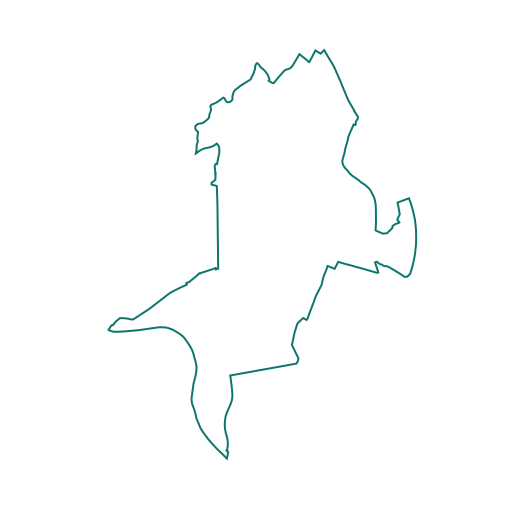 Oegstgeest, Zuid-Holland, Netherlands (orthographic projection), rotated 341°
{"feature_id": "6326949B10569140780030", "entity_name": "Oegstgeest", "entity_type": "district", "adm_level": 2, "iso_a3": "NLD", "parent_name": "Netherlands", "parent_adm1": "Zuid-Holland", "projection": "orthographic", "projection_center": [4.472, 52.183], "detail": "fine", "context": "isolated", "style": "outline", "palette": "teal", "viewbox_px": 512, "rotation_deg": 341, "n_neighbors": 0, "source": "geoboundaries", "source_scale": "gbopen_adm2", "svg_char_len": 5979}
<svg xmlns="http://www.w3.org/2000/svg" viewBox="0 0 512 512"><g transform="rotate(341 256 256)"><path d="M162.5,438.0L165.8,432.6L165.2,431.3L164.8,430.3L165.6,430.0L165.5,429.8L166.9,427.4L167.7,425.7L168.4,423.9L168.9,422.0L169.6,418.0L169.8,413.6L170.1,411.5L170.4,409.5L171.4,405.7L172.1,403.9L173.7,400.3L174.6,398.6L175.6,397.0L176.8,395.5L179.3,392.5L183.4,388.2L184.8,386.5L186.0,384.8L187.0,383.1L187.8,381.3L188.5,379.5L189.0,377.7L189.5,375.9L190.8,370.2L192.8,360.6L259.1,370.9L260.6,369.8L260.8,369.7L262.8,366.5L261.0,351.8L267.7,340.7L273.2,333.3L280.4,330.0L283.0,332.9L284.3,332.0L287.3,328.3L291.0,323.8L294.5,319.7L298.9,314.1L299.4,313.5L301.8,311.2L302.9,310.2L304.9,308.3L306.4,306.8L307.8,305.4L308.5,304.7L309.1,304.0L309.5,303.3L310.6,301.4L312.7,298.2L313.6,296.9L314.2,296.2L316.9,293.2L318.4,291.5L320.4,288.7L320.5,288.7L320.6,288.8L326.2,293.7L331.8,288.3L339.8,294.0L339.9,293.9L355.0,304.3L359.1,307.2L364.9,311.3L366.3,311.4L366.5,300.8L368.5,300.8L370.1,303.4L370.4,303.9L370.8,304.2L372.3,305.1L372.5,305.4L372.7,305.8L373.1,306.4L373.2,306.6L373.7,307.0L374.2,307.4L376.1,308.1L377.1,308.9L377.8,309.5L378.3,310.0L381.4,313.6L386.2,319.4L388.9,323.0L389.9,324.3L390.7,324.4L392.0,324.6L392.3,324.8L395.9,323.1L398.8,319.1L399.7,317.9L400.6,316.5L401.9,314.6L404.1,311.0L405.7,308.2L407.5,304.8L410.7,298.0L411.9,295.0L413.4,290.9L414.2,288.4L414.9,286.2L415.6,284.0L416.3,281.3L417.3,277.1L418.1,273.4L418.5,270.1L419.0,265.6L419.4,260.2L419.5,255.2L419.4,252.6L419.4,251.2L407.3,251.6L405.5,263.4L404.9,263.9L401.4,267.7L402.5,270.9L401.7,271.2L398.1,271.2L396.6,271.7L395.0,272.0L394.0,273.8L393.7,274.1L389.7,276.0L388.3,276.6L387.4,277.1L385.7,276.8L384.2,276.4L383.5,276.2L383.3,276.2L383.1,276.0L382.0,275.0L378.2,271.6L377.4,270.7L380.3,263.5L383.9,252.8L384.3,251.4L385.0,249.5L385.4,248.0L386.0,245.8L386.2,244.7L386.6,241.3L386.7,239.4L386.1,234.5L385.9,233.0L385.6,231.1L385.1,229.6L384.7,228.7L384.2,227.7L382.9,225.4L382.4,224.5L381.6,223.4L381.1,222.8L379.2,220.4L379.0,220.0L378.8,219.6L378.0,218.2L377.6,217.6L374.9,213.8L373.5,212.0L372.5,210.5L372.1,209.6L371.4,208.2L370.8,206.3L370.4,205.2L369.4,203.0L369.0,202.0L368.7,201.3L368.3,199.9L368.1,198.8L368.1,198.4L368.0,196.7L368.1,196.3L368.2,195.9L368.2,195.6L368.3,195.2L368.4,194.6L368.8,193.8L369.0,193.4L369.9,192.1L370.3,191.6L371.7,189.5L372.7,188.2L373.3,187.2L374.8,184.6L375.8,182.9L376.5,181.9L377.0,181.0L377.9,180.0L379.0,178.4L379.9,177.0L380.6,176.0L381.1,175.2L382.1,173.3L391.1,163.5L392.5,164.5L392.8,164.4L393.0,164.0L393.7,162.6L394.0,161.9L394.3,161.4L396.5,159.6L397.3,158.7L397.8,157.7L396.0,150.8L396.3,150.7L395.6,147.3L394.2,140.4L393.9,137.4L393.7,135.5L392.9,122.4L392.8,119.3L391.5,103.8L391.1,100.8L387.4,83.5L383.0,85.7L379.1,81.0L374.0,85.9L369.6,90.0L369.0,89.5L369.1,89.4L362.8,79.3L353.3,87.4L350.4,89.3L349.0,89.6L348.4,89.7L347.2,89.8L346.5,89.6L345.8,89.6L344.6,89.7L343.9,89.8L343.3,90.0L342.8,90.2L342.2,90.4L341.6,90.8L340.3,91.6L335.9,94.1L329.1,98.3L328.5,98.1L328.1,97.9L327.9,97.7L327.5,97.4L325.0,94.5L326.1,93.4L326.2,93.1L326.3,92.8L326.2,90.9L326.2,89.7L326.1,88.7L325.3,85.8L324.6,83.8L323.7,82.0L323.2,81.1L322.7,80.5L322.2,79.6L321.9,78.9L321.6,78.1L321.1,76.6L320.7,75.2L320.0,74.3L319.8,74.1L319.6,74.1L319.4,74.0L318.7,74.5L317.4,75.7L317.2,76.0L316.0,78.7L313.4,82.3L310.3,85.2L309.5,86.3L308.1,87.4L297.5,89.8L290.2,92.3L288.1,93.9L285.8,97.1L285.6,97.4L285.1,99.5L284.9,99.9L284.6,100.3L283.9,101.0L283.3,101.3L282.7,101.5L281.5,101.8L280.5,101.8L279.7,101.6L279.2,101.3L278.7,100.9L278.3,100.4L277.9,99.7L277.9,99.1L277.8,98.4L277.8,97.5L277.5,96.8L277.2,96.1L276.9,95.7L276.7,95.6L274.3,96.4L271.3,97.3L270.5,97.5L267.4,98.2L263.3,98.4L262.3,98.7L262.1,99.0L261.7,99.7L261.4,100.8L261.2,102.9L260.9,103.5L257.9,107.2L256.9,109.5L256.2,110.2L254.5,111.1L250.9,112.4L248.5,112.9L244.0,112.2L241.4,113.2L240.9,113.7L240.6,114.3L240.3,115.1L240.1,117.0L241.3,119.3L241.6,119.8L241.5,120.2L239.2,124.7L238.9,125.5L238.4,128.4L238.2,128.9L237.8,129.6L237.1,130.4L236.2,131.6L235.7,132.6L235.5,133.1L234.8,135.1L234.6,135.7L232.5,139.5L233.2,139.3L236.3,138.3L238.1,137.9L239.7,137.7L240.6,137.6L242.3,137.5L244.8,137.8L247.4,138.1L249.3,138.2L249.9,138.2L251.6,138.0L253.0,137.7L255.5,136.9L256.3,138.9L256.5,141.4L255.1,146.1L249.0,156.5L248.0,155.9L247.1,156.4L246.5,157.1L246.1,157.9L245.5,160.6L245.0,162.5L244.3,164.7L244.7,164.7L242.3,170.8L237.8,172.3L237.2,173.9L237.7,174.2L237.7,174.4L241.5,176.8L241.7,177.3L236.1,195.4L216.1,255.7L213.7,255.6L213.9,254.2L212.0,254.3L201.4,254.2L196.9,254.0L196.9,254.3L195.9,254.2L195.1,254.8L184.7,258.7L184.0,258.9L181.6,258.8L181.4,258.9L181.2,259.1L181.2,260.6L174.8,261.2L167.8,262.1L164.6,262.6L162.4,263.0L152.1,266.5L139.2,270.8L137.0,271.5L133.8,272.3L125.6,274.4L119.2,276.0L118.1,275.6L117.2,275.2L115.5,274.2L114.2,273.4L111.5,272.1L110.1,271.5L108.6,271.0L107.8,270.7L107.1,270.4L106.2,270.8L101.7,272.5L100.5,273.3L98.3,274.8L98.0,274.8L97.5,274.5L97.2,274.5L96.9,274.6L96.4,274.8L92.5,277.8L93.9,279.3L95.4,280.4L96.5,281.1L97.7,281.6L100.2,282.5L103.0,283.3L106.4,284.3L112.4,285.8L121.2,288.0L134.4,290.5L139.5,291.5L141.3,291.9L142.8,292.4L144.4,293.0L146.3,293.7L147.7,294.4L149.3,295.4L153.0,298.3L153.7,299.0L156.5,302.3L157.5,303.5L158.5,304.8L159.8,306.8L160.6,308.1L161.1,309.2L161.4,309.9L162.1,311.7L162.6,313.6L163.5,316.8L164.2,319.8L164.5,321.2L164.8,322.7L164.9,324.1L165.0,325.3L165.0,326.9L165.0,328.1L164.6,332.5L164.5,335.5L164.2,338.9L164.0,339.8L163.7,341.1L163.5,341.8L163.2,342.7L162.6,344.3L162.0,345.5L161.6,346.4L160.1,349.1L159.4,350.3L155.3,356.5L151.3,364.4L149.1,368.9L148.5,370.2L148.1,371.5L147.5,374.9L147.5,375.9L147.6,380.0L147.3,386.6L146.9,389.1L146.9,390.3L147.0,393.3L147.3,396.5L147.4,399.2L147.5,400.7L147.6,401.4L147.9,402.6L148.3,404.1L148.9,406.5L149.4,408.2L150.3,410.7L151.1,413.3L151.3,414.0L153.7,419.7L156.4,425.9L158.4,429.7L159.2,431.2L162.5,438.0Z" fill="none" stroke="#0f766e" stroke-width="2"/></g></svg>